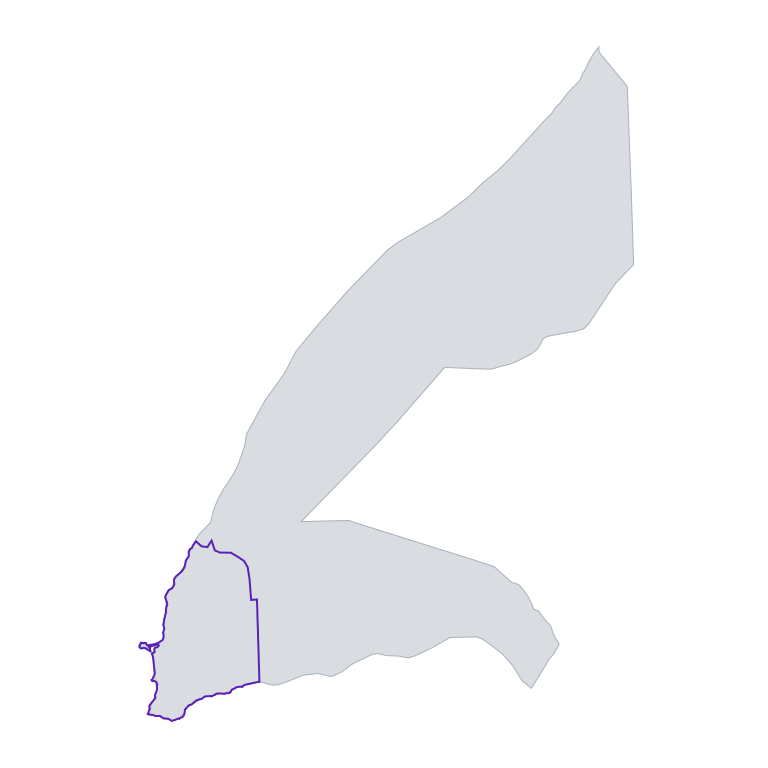 where Bari sits in Somalia, rotated 178°
{"feature_id": "SOM-1", "entity_name": "Bari", "entity_type": "Region", "adm_level": 1, "iso_a3": "SOM", "parent_name": "Somalia", "parent_adm1": "", "projection": "orthographic", "projection_center": [50.532, 10.16], "detail": "fine", "context": "in_parent", "style": "outline", "palette": "violet", "viewbox_px": 768, "rotation_deg": 178, "n_neighbors": 0, "source": "natural_earth", "source_scale": "10m", "svg_char_len": 5661}
<svg xmlns="http://www.w3.org/2000/svg" viewBox="0 0 768 768"><g transform="rotate(178 384 384)"><path d="M157.7,709.3L156.9,707.4L152.3,701.4L143.7,690.1L137.2,681.7L130.6,673.0L130.5,666.2L130.4,645.9L130.3,605.4L130.2,564.7L130.3,524.0L130.4,503.6L130.4,495.2L131.1,493.9L138.7,486.6L148.7,477.0L162.0,458.5L169.2,448.4L175.2,440.0L176.8,437.5L182.1,432.4L191.9,429.6L198.1,429.2L219.2,425.9L222.3,424.4L224.2,422.6L226.0,418.6L230.1,413.0L235.5,409.1L245.6,404.2L255.5,400.0L257.7,399.4L269.6,396.9L272.5,396.0L277.4,395.1L279.3,395.2L295.8,396.4L308.7,397.4L322.0,398.4L323.4,397.9L332.8,387.8L347.8,371.8L357.3,361.6L372.0,345.8L383.4,334.4L395.9,321.7L408.0,310.2L422.6,296.2L431.8,287.5L446.1,273.8L459.7,260.8L471.7,249.3L455.2,249.2L439.2,249.0L423.4,248.8L420.5,247.4L407.3,242.7L390.5,236.8L369.8,229.5L355.0,224.2L339.2,218.7L323.3,213.1L310.8,208.7L295.2,203.1L281.7,198.3L279.9,197.2L272.5,190.1L262.8,180.8L260.9,180.6L256.2,178.6L252.1,173.6L247.8,167.2L244.0,159.2L242.3,153.8L237.0,151.4L234.5,147.1L229.8,140.8L226.5,137.6L225.3,135.0L223.9,129.4L221.3,123.4L218.7,119.6L218.1,118.0L218.3,117.0L223.4,109.0L225.7,106.2L228.3,103.5L230.4,100.7L231.3,98.8L237.5,89.4L243.0,81.2L247.3,74.7L256.3,82.4L265.0,97.8L275.3,110.3L289.6,122.0L295.3,126.0L300.4,128.1L327.0,128.3L346.1,118.2L363.4,110.9L369.2,109.4L379.1,111.6L390.0,112.4L399.9,114.8L404.9,114.3L424.6,105.8L437.0,97.4L445.4,93.8L448.7,93.8L460.1,97.0L474.8,95.8L494.9,88.6L501.4,87.1L506.2,87.0L517.2,90.4L518.9,90.2L524.8,89.7L540.4,86.2L552.6,81.0L575.0,77.2L592.1,67.5L595.0,62.8L600.2,57.0L607.7,55.0L626.8,61.9L629.8,62.4L628.7,66.6L628.1,70.9L624.2,78.4L621.7,86.6L623.5,99.3L624.5,119.8L624.0,122.8L622.7,125.7L622.2,128.0L620.2,128.8L619.2,130.2L620.8,130.7L626.8,128.5L626.6,126.0L627.0,124.8L631.9,127.5L635.5,128.7L636.5,131.2L636.2,133.0L630.6,132.2L627.8,130.8L619.4,133.1L614.4,135.5L612.8,139.6L611.7,155.6L609.7,166.1L609.3,179.9L602.6,189.0L600.3,195.5L590.3,208.4L585.0,219.4L583.3,224.8L574.5,239.9L562.3,251.4L557.9,266.2L553.5,275.5L548.6,283.9L537.8,298.8L532.3,309.2L525.3,327.2L523.2,338.6L503.6,371.6L483.4,397.8L470.7,419.9L448.0,445.4L417.1,478.2L376.7,517.0L365.7,524.9L321.6,548.3L293.0,568.1L278.4,581.6L263.0,593.2L250.9,604.3L214.3,641.9L210.5,645.4L206.9,648.7L202.3,655.1L199.1,657.6L190.4,668.3L185.0,673.8L178.9,679.3L176.3,683.2L174.5,687.7L172.5,690.1L167.0,700.8L162.2,707.8L157.4,713.3L157.7,709.3Z" fill="#d9dde1" stroke="#a8b0b8" stroke-width="1"/><path d="M518.5,173.1L518.5,167.6L518.5,162.1L518.6,156.6L518.6,151.1L518.6,145.6L518.6,140.1L518.7,134.6L518.7,129.1L518.7,123.6L518.7,118.2L518.8,112.7L518.8,107.2L518.8,101.7L518.9,96.2L518.9,90.7L520.7,90.6L527.0,89.4L533.3,88.3L535.1,87.5L535.9,86.4L536.4,86.1L537.0,86.3L537.4,86.6L537.9,86.6L541.0,86.3L541.9,86.1L542.7,85.8L545.2,84.3L546.1,84.2L546.8,83.7L547.9,81.7L548.6,80.8L549.5,80.5L550.6,80.4L552.7,80.5L553.0,80.4L553.8,80.0L554.2,79.9L554.7,79.8L556.2,80.2L560.4,80.6L562.6,80.3L564.0,79.2L564.4,79.2L565.3,78.7L565.8,78.5L566.0,78.4L566.6,78.0L567.0,77.8L567.3,77.9L567.7,78.0L567.9,78.1L568.0,78.2L572.3,78.1L573.2,78.2L576.0,76.7L577.0,75.8L577.5,75.5L579.2,75.6L579.6,75.4L580.0,75.1L580.5,74.8L582.6,74.3L583.6,73.6L587.6,70.4L589.8,69.9L590.7,69.3L592.3,67.5L593.7,66.2L594.3,65.4L594.5,64.3L594.6,63.2L594.8,62.1L595.1,61.1L595.5,60.1L596.6,58.7L597.3,58.1L598.0,57.8L598.6,57.7L599.8,57.1L600.0,56.8L600.2,56.6L600.4,56.4L600.7,56.5L601.1,56.7L601.4,56.8L602.4,56.5L604.4,55.6L606.2,55.2L606.7,54.9L607.9,54.7L611.2,57.0L616.2,57.5L619.0,59.8L619.9,60.1L623.7,60.1L624.6,60.4L626.3,61.2L627.2,61.4L628.3,61.5L629.4,61.6L630.4,62.0L631.6,62.3L630.9,63.9L630.4,65.9L629.5,67.4L629.9,69.7L629.5,71.2L628.6,72.0L627.8,73.3L626.3,74.8L624.7,76.8L623.6,78.0L623.4,78.3L623.5,78.9L623.7,79.6L623.8,80.0L623.6,81.1L623.3,82.2L621.8,85.6L621.5,86.4L621.5,89.6L621.1,91.6L621.8,93.9L623.9,95.2L626.0,95.3L626.7,96.3L625.5,97.3L624.5,99.7L624.0,100.5L623.6,101.1L623.3,102.2L623.2,103.4L623.7,110.1L624.3,118.8L625.4,122.7L625.1,123.2L624.0,123.4L622.9,123.7L622.6,124.6L622.9,126.7L622.6,127.7L622.1,128.3L621.4,128.7L620.4,128.7L619.4,129.1L618.6,129.8L618.2,130.7L618.6,131.4L619.5,131.6L626.9,130.1L627.4,130.2L627.9,130.3L628.3,130.3L628.5,129.9L628.3,129.4L627.8,129.1L627.4,128.9L627.2,128.6L627.1,127.4L627.0,126.4L626.7,125.4L626.2,124.4L626.9,125.1L627.7,125.6L628.3,126.2L629.1,126.7L629.6,127.0L630.1,127.3L631.2,128.1L631.8,128.4L632.7,128.6L633.4,128.8L633.9,128.7L634.3,128.4L634.9,128.2L635.9,128.3L636.7,128.5L637.1,129.6L637.8,130.0L637.5,130.9L636.8,132.5L636.2,132.7L636.0,132.9L635.6,133.2L635.8,133.9L635.4,133.9L634.5,133.6L633.9,133.6L633.1,133.4L632.2,133.7L630.8,133.4L630.5,132.5L630.4,131.9L630.0,131.4L629.3,131.1L622.0,132.0L618.5,133.2L614.2,135.9L613.4,137.5L613.0,140.5L613.5,143.3L612.1,147.0L612.4,149.2L613.0,150.7L613.0,151.4L612.9,151.9L612.5,152.6L611.9,156.0L612.0,156.5L611.5,157.6L611.2,158.5L610.7,160.9L610.1,162.7L609.7,163.2L610.0,164.6L609.9,165.1L609.7,166.0L609.3,169.0L608.4,170.3L608.4,171.8L608.8,174.3L609.9,177.5L610.1,178.5L609.9,179.4L609.6,180.3L606.6,185.2L605.7,186.0L603.6,186.8L602.8,187.4L602.2,188.1L600.8,190.5L600.5,191.2L600.9,194.3L600.8,195.4L600.1,197.2L598.7,198.9L593.4,203.1L591.9,204.7L590.8,206.3L589.9,207.8L589.2,209.8L588.4,213.8L587.6,215.5L585.3,218.3L585.0,219.3L585.1,222.3L585.0,223.2L584.2,225.0L583.5,225.9L582.8,226.2L581.9,226.6L581.4,227.3L581.1,228.3L580.6,229.2L577.5,233.4L571.9,228.1L566.1,227.2L564.2,230.1L561.8,233.5L558.9,223.7L554.1,221.3L542.9,220.7L535.2,215.8L529.9,211.9L526.6,205.5L525.2,193.8L524.3,172.8L518.5,173.1Z" fill="none" stroke="#5b21b6" stroke-width="2"/></g></svg>